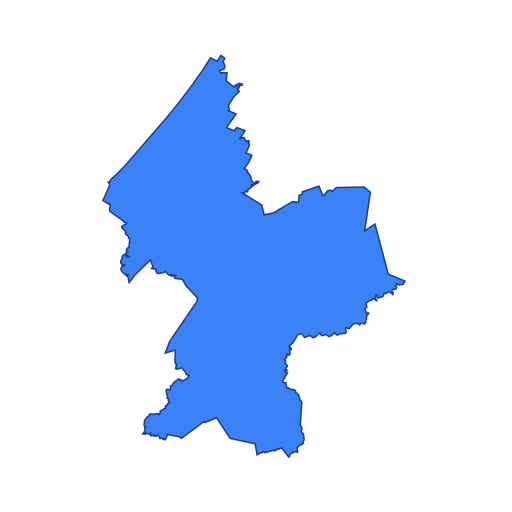 Rosario, Sinaloa, Mexico (orthographic projection), rotated 80°
{"feature_id": "50627088B45198070242199", "entity_name": "Rosario", "entity_type": "district", "adm_level": 2, "iso_a3": "MEX", "parent_name": "Mexico", "parent_adm1": "Sinaloa", "projection": "orthographic", "projection_center": [-105.736, 23.09], "detail": "fine", "context": "isolated", "style": "filled", "palette": "blue", "viewbox_px": 512, "rotation_deg": 80, "n_neighbors": 0, "source": "geoboundaries", "source_scale": "gbopen_adm2", "svg_char_len": 6109}
<svg xmlns="http://www.w3.org/2000/svg" viewBox="0 0 512 512"><g transform="rotate(80 256 256)"><path d="M306.6,113.6L296.9,128.9L245.2,133.3L250.0,144.6L213.1,132.3L206.9,137.5L202.5,165.0L205.7,169.7L204.5,170.2L204.1,171.6L204.3,174.6L205.7,175.6L207.4,177.8L208.0,179.8L198.1,181.9L200.8,199.2L203.2,199.6L203.7,203.0L210.5,204.7L208.7,210.7L216.5,230.8L216.9,240.8L206.8,241.5L191.5,258.5L191.5,257.3L192.0,256.3L190.3,255.7L191.4,253.8L191.1,252.9L189.2,252.4L187.5,248.4L185.1,248.0L185.3,247.3L186.4,246.8L185.2,244.7L184.3,241.3L183.3,240.3L182.4,242.6L183.8,244.3L183.2,246.4L180.3,247.4L176.8,247.3L175.5,248.1L174.5,248.1L172.0,250.0L171.7,249.7L170.7,249.7L170.5,250.2L169.3,250.4L168.6,252.0L168.0,252.4L161.6,246.1L156.1,242.6L152.7,247.9L145.7,243.2L144.3,243.8L143.3,243.1L142.3,243.6L141.7,242.9L141.0,243.4L141.7,245.8L140.1,246.1L138.2,247.4L137.7,247.0L137.0,249.2L138.0,250.9L137.7,251.4L130.6,245.0L126.1,252.8L128.9,255.7L124.4,262.8L112.7,251.0L108.2,257.9L108.1,257.0L105.6,256.7L104.9,257.1L103.7,256.8L103.3,257.3L95.9,250.7L90.9,243.8L88.5,245.7L87.8,245.1L88.3,244.6L88.1,244.1L87.4,243.9L86.7,244.3L87.0,243.4L85.9,242.5L85.2,242.7L85.2,239.7L84.1,239.9L84.3,240.8L83.4,241.6L83.0,242.7L83.8,244.0L83.6,245.0L84.4,245.5L84.2,246.8L85.3,246.5L85.1,247.1L85.8,248.2L78.3,255.0L70.6,252.7L69.3,259.4L67.1,259.8L66.4,255.0L63.6,253.6L59.1,254.5L55.7,252.4L52.4,255.7L57.5,260.4L52.9,266.4L63.0,275.5L77.0,289.6L91.9,305.7L102.9,318.4L144.5,369.5L151.2,378.9L155.3,385.5L156.1,385.8L156.9,387.1L158.1,387.7L157.7,388.6L160.7,387.6L174.8,397.1L179.2,392.1L178.6,391.6L179.0,391.1L180.6,390.7L184.3,392.2L186.5,392.2L198.9,380.3L199.8,380.2L200.5,378.6L201.3,377.8L202.3,378.6L202.4,380.5L203.5,383.0L204.8,383.4L209.1,380.1L210.1,380.0L211.0,380.7L212.1,380.4L214.5,378.2L216.0,378.5L217.2,377.4L225.6,379.6L225.4,380.4L226.7,382.1L228.8,382.9L229.8,381.7L231.2,384.5L231.7,384.4L231.5,383.8L232.7,383.2L233.3,382.3L233.9,382.6L234.8,381.3L234.8,382.4L233.8,384.0L231.9,384.3L231.5,385.1L232.9,387.9L235.4,388.2L237.2,390.0L239.3,390.4L240.7,389.5L241.9,389.3L241.3,387.6L242.6,386.8L242.6,388.7L244.2,390.8L245.2,391.3L246.9,391.2L249.7,389.7L251.1,387.6L251.8,388.1L252.4,384.9L253.0,385.5L253.3,386.7L255.9,385.3L257.2,385.8L260.2,385.5L253.4,378.2L241.6,360.7L249.2,359.3L250.0,361.0L251.1,359.1L251.0,358.2L251.5,356.9L253.9,357.1L256.2,356.1L256.4,350.4L255.6,348.0L259.7,345.1L259.5,342.2L260.7,343.3L261.3,342.1L261.3,341.5L260.7,340.6L261.0,338.5L262.6,340.2L264.0,339.7L266.2,332.6L273.3,330.0L287.0,321.0L290.4,322.0L325.1,355.8L335.8,362.2L334.7,352.0L341.1,352.9L343.1,353.9L343.8,353.6L347.3,354.2L348.1,353.9L348.3,353.1L349.6,353.1L350.3,353.8L352.8,354.6L352.9,354.1L353.6,354.2L353.7,351.3L353.1,348.7L358.1,345.7L360.6,345.3L361.9,342.5L362.7,343.0L364.5,345.2L366.8,350.5L365.1,350.9L364.5,352.9L363.5,353.8L364.3,354.5L365.7,357.9L367.8,360.5L369.2,361.0L369.2,363.0L372.1,363.1L372.8,363.5L372.9,364.1L371.8,366.2L372.4,367.8L377.1,367.9L379.1,367.3L380.4,368.3L381.8,367.0L383.8,367.6L385.5,366.6L386.2,368.8L388.0,370.0L387.9,371.1L390.4,371.6L390.2,372.7L390.8,373.4L392.1,377.4L393.9,377.5L395.3,379.2L394.6,379.4L394.1,380.2L394.1,384.6L393.3,386.3L393.9,387.5L393.2,388.2L395.1,389.5L395.6,390.9L398.5,394.3L403.2,395.6L404.2,395.3L404.7,394.5L406.4,395.7L407.7,395.3L408.8,395.6L411.6,398.4L411.6,397.2L410.9,396.7L412.4,396.1L411.9,395.2L411.2,395.0L412.6,392.9L412.3,390.5L413.9,391.3L415.0,390.5L414.5,388.7L415.3,388.3L415.5,387.7L415.0,388.0L414.8,387.3L416.0,385.8L415.9,384.8L415.2,384.3L415.2,383.9L417.7,382.3L419.0,382.4L419.3,380.2L420.3,379.3L420.1,378.3L420.9,378.3L421.2,377.6L419.8,376.1L416.9,374.5L416.6,373.8L420.8,362.6L422.7,361.3L409.8,335.6L411.0,335.3L408.5,322.9L431.1,313.2L440.8,289.4L451.9,289.5L451.5,288.6L451.8,287.9L451.0,287.6L450.6,286.1L450.6,283.9L449.9,282.7L451.3,281.7L450.6,280.6L451.4,278.7L450.4,277.0L450.7,275.7L450.5,272.9L451.1,270.9L450.6,270.7L450.8,269.8L449.9,269.1L450.3,267.0L449.6,266.9L449.5,266.4L449.9,263.8L459.6,258.7L459.6,258.0L458.0,257.4L456.2,255.8L456.4,254.5L455.9,254.2L456.1,253.4L455.4,252.5L455.8,250.5L456.5,249.4L455.3,248.8L453.8,249.1L452.0,248.9L449.8,245.7L449.8,244.2L448.5,241.9L446.7,241.6L445.5,240.5L440.0,240.1L438.5,240.8L438.0,241.7L437.0,242.1L433.6,240.5L430.0,241.7L408.1,236.3L407.1,236.5L405.3,237.8L403.2,237.8L402.5,238.4L400.6,237.9L397.2,240.5L396.1,240.5L394.3,241.4L393.8,242.9L394.1,243.8L393.1,244.7L393.0,245.6L391.4,246.8L391.6,248.3L390.4,248.8L389.3,248.4L387.3,249.0L386.7,249.0L386.2,248.4L385.8,249.2L385.8,250.5L385.1,251.1L383.5,251.2L382.1,250.4L381.3,248.8L380.0,248.6L378.1,246.4L376.4,245.5L375.6,246.2L376.0,247.2L374.3,247.5L373.6,248.1L373.2,246.8L373.9,245.5L372.5,246.2L371.3,245.9L370.5,244.7L369.4,244.1L366.6,245.9L364.6,245.0L363.1,246.0L361.4,243.5L360.3,244.1L359.3,242.5L357.8,242.2L358.2,241.3L359.3,241.4L358.8,239.6L356.6,239.2L354.0,239.5L353.7,238.9L354.3,237.6L353.2,237.3L350.8,239.3L348.0,234.9L342.8,230.2L341.4,229.4L340.8,228.4L340.3,225.7L340.5,224.4L344.7,222.2L343.9,218.9L343.8,216.2L346.2,214.4L346.5,213.2L346.0,211.7L342.9,207.1L343.4,206.2L344.8,205.8L345.9,204.9L345.5,201.2L346.2,199.7L348.0,198.5L347.7,195.8L345.2,192.1L348.1,189.8L347.2,186.9L347.7,181.5L347.0,180.5L345.8,180.2L342.9,180.5L342.1,180.2L342.1,179.2L343.7,177.4L343.6,176.6L340.0,172.4L339.7,168.2L340.2,167.1L341.9,166.0L340.6,164.2L340.8,162.7L341.8,161.1L341.7,160.6L339.9,159.4L339.0,159.5L336.8,157.9L334.6,157.7L332.1,155.0L331.3,155.6L332.1,156.8L331.5,157.4L330.0,157.3L327.9,158.0L326.7,157.7L325.8,155.8L322.2,155.9L321.1,155.0L319.4,151.3L319.7,149.7L317.9,148.4L317.9,147.9L320.4,146.0L321.0,144.9L320.2,144.8L318.9,146.0L315.3,144.6L315.8,143.4L318.3,143.6L318.6,143.0L318.0,138.2L316.6,136.9L314.7,136.2L315.6,134.2L314.0,131.9L315.0,130.2L317.8,127.9L316.4,127.3L314.3,128.2L313.4,128.1L312.8,127.1L313.0,125.9L312.6,123.7L311.1,122.8L308.7,123.3L307.9,122.9L307.8,121.7L308.9,121.0L309.5,120.0L309.2,119.2L309.5,116.2L309.3,115.8L307.7,115.1L307.8,114.5L306.6,113.6Z" fill="#3b82f6" stroke="#1e3a8a" stroke-width="1.5"/></g></svg>